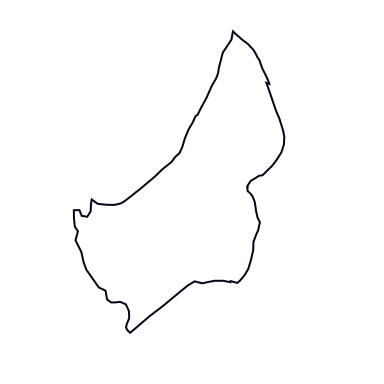 outline of Sarbo, River Gee, Liberia, rotated 141°
{"feature_id": "62588387B52564280766994", "entity_name": "Sarbo", "entity_type": "district", "adm_level": 2, "iso_a3": "LBR", "parent_name": "Liberia", "parent_adm1": "River Gee", "projection": "natural_earth1", "projection_center": [-7.656, 5.164], "detail": "fine", "context": "isolated", "style": "outline", "palette": "ink", "viewbox_px": 384, "rotation_deg": 141, "n_neighbors": 0, "source": "geoboundaries", "source_scale": "gbopen_adm2", "svg_char_len": 1619}
<svg xmlns="http://www.w3.org/2000/svg" viewBox="0 0 384 384"><g transform="rotate(141 192 192)"><path d="M163.9,121.1L162.8,122.2L158.3,125.7L157.2,130.7L154.7,135.9L149.4,145.0L147.6,150.9L147.6,154.6L148.2,157.5L145.4,162.2L145.5,161.0L144.4,162.1L139.2,163.7L133.5,162.8L129.8,162.5L126.6,160.6L121.0,161.2L113.5,161.9L107.0,163.4L97.7,166.5L90.8,171.0L85.7,176.6L82.6,182.3L77.9,194.0L75.8,201.6L71.9,212.3L68.3,222.0L65.5,230.1L63.9,227.4L62.9,229.9L61.0,237.2L59.7,243.4L58.3,247.5L56.6,252.1L56.3,256.1L55.8,257.7L54.8,263.4L55.4,271.8L56.9,277.7L57.7,281.8L57.6,282.3L58.1,284.0L59.1,291.1L65.4,285.6L80.4,280.9L87.1,275.9L92.8,271.7L97.0,267.9L101.7,265.1L109.4,262.2L121.0,256.3L124.0,255.0L133.5,251.1L138.9,248.5L141.6,248.7L142.4,248.3L147.2,245.8L155.0,242.9L163.6,238.3L171.2,233.1L171.9,232.7L177.2,230.1L183.3,229.8L188.9,228.2L200.8,228.3L210.4,227.4L230.1,227.0L237.0,227.1L241.7,227.1L250.3,227.3L254.7,228.0L260.4,230.8L266.4,235.8L272.7,242.1L274.6,249.3L277.5,246.8L280.3,243.7L282.9,240.8L289.0,238.7L292.7,242.9L290.9,248.8L295.3,252.2L300.1,246.1L304.8,238.9L305.4,233.2L307.9,231.4L312.9,227.9L315.8,214.9L320.4,205.8L323.0,198.2L324.5,176.5L321.3,169.7L325.6,162.0L324.4,157.2L321.6,154.8L316.9,151.8L314.1,146.3L316.0,139.0L320.3,133.4L325.8,130.4L328.4,128.4L329.2,125.8L328.7,121.5L302.8,122.2L286.0,121.7L263.2,122.0L254.0,122.0L246.2,120.9L241.5,114.6L235.0,111.3L229.9,108.5L227.5,106.5L223.7,103.4L218.8,97.7L218.0,98.4L214.1,92.9L210.5,92.9L203.3,94.3L196.7,96.8L189.0,102.0L180.9,108.4L175.7,114.5L169.8,118.0L163.9,121.1Z" fill="none" stroke="#020617" stroke-width="2"/></g></svg>